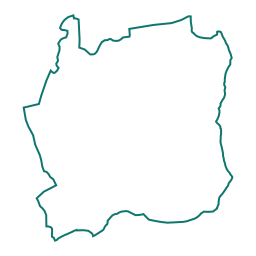 the district of Domasnea, Caras-Severin, Romania
{"feature_id": "2599482B60620901079337", "entity_name": "Domasnea", "entity_type": "district", "adm_level": 2, "iso_a3": "ROU", "parent_name": "Romania", "parent_adm1": "Caras-Severin", "projection": "albers", "projection_center": [22.344, 45.088], "detail": "fine", "context": "isolated", "style": "outline", "palette": "teal", "viewbox_px": 256, "rotation_deg": 0, "n_neighbors": 0, "source": "geoboundaries", "source_scale": "gbopen_adm2", "svg_char_len": 4179}
<svg xmlns="http://www.w3.org/2000/svg" viewBox="0 0 256 256"><path d="M213.1,211.5L214.4,210.5L217.0,208.5L217.0,207.8L217.4,207.3L217.8,205.7L218.4,204.8L218.6,204.2L218.6,202.8L218.7,201.0L219.1,198.7L219.4,197.6L219.6,197.2L219.9,196.7L221.0,195.3L222.6,193.5L225.0,190.1L226.3,188.0L227.8,186.0L228.3,185.0L228.5,184.2L228.7,183.3L230.5,181.0L231.4,179.7L232.0,178.4L232.2,177.8L232.3,176.8L231.1,175.3L230.6,174.7L229.7,172.9L228.2,171.3L227.6,170.5L226.6,168.8L226.0,167.3L225.5,166.0L224.9,163.0L224.4,161.9L224.1,160.9L223.9,160.0L223.7,158.2L223.2,156.6L223.2,156.4L223.0,155.5L223.1,153.9L222.7,151.9L221.9,147.9L221.2,145.2L220.7,143.2L220.5,142.0L220.5,141.8L220.7,138.6L220.7,136.0L221.1,134.0L221.1,130.0L220.9,128.8L220.8,128.7L220.7,128.6L220.4,128.3L220.4,127.9L220.4,127.4L220.3,126.8L220.3,126.4L219.0,124.7L216.5,122.4L216.1,121.6L216.4,120.9L217.3,119.5L218.3,117.2L218.8,115.9L219.0,115.0L219.0,114.7L219.2,113.6L219.5,112.6L219.4,110.7L219.3,109.9L218.8,109.0L218.7,108.6L218.7,108.4L218.8,108.1L219.1,107.8L219.8,107.1L220.1,106.6L220.4,105.8L220.6,105.2L220.5,104.4L220.5,103.6L221.4,102.0L222.8,99.5L223.8,98.2L224.4,96.7L224.9,95.1L225.1,93.7L224.7,91.8L224.7,91.4L224.6,89.9L225.3,87.5L225.1,86.7L224.6,85.8L224.2,84.9L224.3,83.6L224.2,83.4L224.2,82.9L224.5,82.5L224.8,81.9L224.8,81.2L224.7,80.0L224.9,78.4L224.9,77.8L225.1,76.5L225.3,75.7L225.4,74.4L225.8,72.9L226.5,71.1L228.3,67.3L229.7,65.3L229.9,65.1L230.3,64.1L230.3,62.5L230.3,60.6L230.6,59.7L231.3,58.7L231.7,57.9L230.6,54.0L229.9,52.2L229.7,51.9L228.6,49.0L228.3,47.6L227.7,45.7L226.1,43.3L225.6,42.3L225.4,41.2L224.7,40.0L223.8,38.4L222.8,36.8L222.3,35.5L221.8,34.2L221.1,32.4L220.4,31.8L219.2,31.5L217.5,31.5L217.2,31.7L217.1,32.6L217.2,33.5L217.1,34.3L216.8,34.8L216.0,35.1L214.7,35.7L213.2,36.6L212.4,37.1L211.8,37.9L210.7,38.4L204.3,38.1L200.0,37.3L199.5,37.2L196.7,36.1L194.5,34.2L194.0,33.7L193.5,33.0L192.5,32.5L192.2,32.2L191.8,31.0L191.6,30.3L191.8,28.7L191.8,27.8L191.7,27.2L191.5,26.6L191.2,24.1L190.9,22.7L190.8,21.2L190.8,20.6L190.7,16.4L188.4,16.3L181.3,20.0L171.5,23.1L153.8,24.9L129.3,28.9L129.8,35.2L129.5,36.6L122.9,37.5L121.9,38.5L120.7,39.5L119.5,40.2L118.1,40.8L115.8,40.9L113.1,40.6L112.7,40.4L112.0,39.9L111.4,39.3L110.6,39.1L109.8,38.9L107.5,40.1L106.3,40.2L105.0,40.2L104.0,40.6L103.4,41.3L102.1,41.8L101.2,43.1L100.6,44.1L100.0,45.1L99.8,45.5L97.0,51.4L95.5,53.2L94.9,53.7L94.1,54.1L93.3,54.3L92.4,54.4L90.2,54.4L84.7,49.5L79.3,47.6L79.6,39.7L78.6,19.5L77.5,19.0L76.4,18.6L75.2,18.4L73.9,18.4L73.4,15.4L68.4,17.0L67.6,17.5L66.8,18.1L66.0,18.7L65.3,19.3L64.4,20.1L63.6,21.1L62.9,22.0L62.2,23.1L61.6,24.1L61.1,25.2L60.6,26.4L60.2,27.5L60.1,28.0L61.0,29.3L61.6,29.6L62.4,30.0L62.9,30.0L63.8,30.0L64.4,30.1L67.4,30.8L67.6,33.5L66.2,37.3L62.8,38.4L60.8,39.6L58.2,43.6L59.6,46.9L59.5,50.3L57.3,57.0L58.0,60.8L56.2,63.8L56.8,65.9L58.6,67.9L57.1,70.6L55.0,72.6L53.7,73.0L52.9,72.5L52.1,71.9L51.4,71.3L50.7,70.6L46.4,80.6L41.2,95.8L38.9,104.0L23.7,107.6L25.8,119.8L28.4,126.6L33.1,135.2L35.2,144.6L39.8,155.1L40.1,156.1L40.8,158.7L41.4,161.2L41.9,163.9L42.3,166.5L44.0,171.2L46.5,171.9L48.5,173.9L50.2,177.0L53.3,179.3L56.2,185.3L43.8,191.7L36.7,198.3L38.1,200.8L40.0,206.1L41.2,207.2L42.4,208.3L43.4,209.5L44.4,210.8L44.8,211.5L46.2,215.2L46.4,226.4L47.5,226.4L48.5,226.5L49.5,226.8L50.5,227.1L51.2,227.5L52.1,228.9L52.0,236.7L53.8,237.8L55.0,240.6L56.9,239.9L57.3,239.4L57.8,238.9L58.6,238.3L59.4,237.8L61.0,236.9L62.6,236.1L64.4,235.2L65.7,234.6L67.4,234.1L68.6,233.4L72.3,231.8L73.4,231.1L73.9,230.9L76.6,229.9L76.8,230.4L83.6,230.2L88.3,230.8L90.2,232.1L92.3,233.7L93.1,235.8L93.1,236.1L94.4,235.6L98.2,233.2L102.7,230.3L103.3,229.8L104.0,228.6L104.8,226.8L106.2,225.0L107.2,224.3L107.7,222.0L107.6,220.9L109.6,218.5L111.8,216.0L112.3,215.5L114.2,214.4L117.3,213.7L118.4,213.0L119.8,212.2L121.5,211.6L125.7,211.1L127.9,211.3L135.4,215.1L136.8,215.1L138.5,215.0L140.1,214.8L141.8,214.5L143.4,214.1L148.8,219.6L153.5,220.6L158.2,221.5L162.9,222.2L167.6,222.7L183.0,221.9L186.6,221.3L194.5,218.7L196.6,217.6L197.8,216.7L199.0,215.7L200.1,214.6L201.1,213.4L204.0,211.6L206.3,211.8L208.6,211.8L210.9,211.7L213.1,211.5Z" fill="none" stroke="#0f766e" stroke-width="2"/></svg>